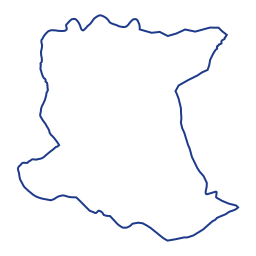 Toomlarn, Saravan, Laos
{"feature_id": "54806243B58304199894051", "entity_name": "Toomlarn", "entity_type": "district", "adm_level": 2, "iso_a3": "LAO", "parent_name": "Laos", "parent_adm1": "Saravan", "projection": "mercator", "projection_center": [106.21, 16.024], "detail": "fine", "context": "isolated", "style": "outline", "palette": "blue", "viewbox_px": 256, "rotation_deg": 0, "n_neighbors": 0, "source": "geoboundaries", "source_scale": "gbopen_adm2", "svg_char_len": 4613}
<svg xmlns="http://www.w3.org/2000/svg" viewBox="0 0 256 256"><path d="M40.9,110.5L40.8,111.6L40.2,114.2L40.3,116.1L41.5,118.1L43.0,120.6L44.9,123.1L46.0,124.8L47.0,126.7L48.3,128.7L49.3,131.0L49.6,132.7L50.8,134.6L52.9,136.6L54.9,139.0L57.5,142.5L59.1,145.1L57.4,146.6L56.0,146.9L53.6,149.0L50.0,151.8L46.5,154.7L43.3,157.5L41.2,158.5L39.5,158.9L39.0,159.0L38.6,159.0L38.1,159.1L37.7,159.3L37.2,159.4L36.9,159.5L36.4,159.5L35.7,159.6L35.2,159.5L34.6,159.5L34.0,159.4L33.4,159.3L32.9,159.3L32.5,159.3L32.0,159.5L31.7,159.6L31.4,159.8L31.1,160.0L30.7,160.4L30.4,160.7L30.0,160.9L29.7,161.0L29.3,161.2L29.0,161.3L28.6,161.6L28.2,162.0L27.7,162.5L27.5,162.8L26.8,162.9L25.9,162.9L25.4,162.9L24.5,162.8L23.9,162.8L23.3,162.8L23.0,162.8L22.6,163.0L22.2,163.2L21.8,163.5L21.4,163.9L21.0,164.4L20.8,164.7L20.5,165.1L19.0,166.3L18.2,167.6L17.9,168.8L18.4,171.2L19.0,173.0L19.4,176.2L20.1,179.4L23.7,186.1L24.9,187.6L28.6,191.0L33.4,194.9L35.5,196.2L38.2,197.4L41.6,198.5L50.5,200.2L51.4,200.1L52.5,199.7L54.4,198.9L55.7,198.0L57.5,196.9L59.1,196.2L62.1,195.5L63.2,195.4L64.4,195.6L66.3,196.2L68.9,196.9L70.2,197.1L71.3,197.2L73.5,197.3L76.3,197.4L80.3,201.3L89.6,210.7L92.7,211.9L94.0,212.4L95.1,213.0L96.1,212.9L97.1,212.1L98.3,210.8L99.1,210.7L100.1,211.2L101.0,211.5L102.1,212.4L102.9,213.5L103.8,215.0L104.8,215.3L106.6,215.8L110.1,216.1L116.6,223.1L118.0,224.5L119.6,225.7L121.0,226.6L122.6,227.6L124.3,227.7L126.1,227.7L127.3,227.4L128.5,226.8L130.2,225.9L132.5,223.7L138.3,222.7L142.7,223.3L146.8,225.5L150.7,228.0L160.2,235.7L163.4,238.2L167.5,240.6L175.8,239.2L184.1,237.4L186.2,237.5L188.4,237.1L190.4,236.4L193.3,235.5L203.2,229.4L210.2,223.2L213.0,220.9L214.8,220.1L215.8,219.2L217.0,217.9L219.6,216.7L225.0,214.5L226.5,213.7L228.1,212.5L229.9,211.5L231.3,211.1L233.0,210.5L234.9,209.7L236.4,208.9L238.1,207.4L236.4,205.7L234.6,205.0L232.6,204.6L228.7,203.6L222.2,200.9L216.9,197.9L216.1,197.2L216.2,195.9L216.6,192.6L216.4,191.8L215.6,191.7L207.9,194.0L206.4,194.2L205.8,193.5L205.6,192.1L206.7,186.5L206.8,182.8L203.6,176.1L199.7,171.7L197.3,168.0L191.9,156.9L190.0,149.8L189.4,148.0L188.0,144.8L184.3,132.8L182.2,128.2L181.4,124.7L180.9,122.7L181.4,118.3L181.0,112.2L180.9,108.1L179.4,101.9L178.6,98.6L176.5,93.2L175.5,91.2L178.6,85.5L188.3,80.0L197.4,75.5L202.0,72.4L207.6,69.9L209.2,65.3L210.2,59.7L213.3,53.4L213.6,53.1L213.9,52.3L214.3,51.7L214.8,51.2L215.4,50.0L215.8,49.7L216.2,49.4L216.9,49.0L217.1,48.7L217.2,48.4L217.1,48.1L217.0,47.8L216.9,47.0L217.1,46.5L217.3,46.1L217.6,45.8L218.2,45.8L218.7,45.1L218.9,44.5L219.4,44.3L220.3,44.1L220.9,43.8L221.4,43.5L221.6,43.0L221.4,42.4L221.4,41.7L221.5,41.1L221.9,40.5L222.5,40.1L223.2,39.7L223.8,39.4L224.4,39.1L224.7,38.6L224.8,38.2L224.7,37.7L225.0,37.4L225.4,37.0L225.8,36.7L226.0,36.2L226.3,35.6L226.5,35.3L226.7,35.1L226.8,34.9L222.1,31.2L218.5,27.7L209.9,27.6L195.2,31.6L185.1,29.5L176.4,33.5L167.8,36.0L159.7,31.9L151.6,32.8L139.7,29.4L139.7,26.7L139.2,24.0L137.4,20.2L135.9,19.1L134.4,19.1L133.0,19.5L131.3,21.0L129.6,22.9L128.4,24.6L126.8,26.2L124.9,27.0L122.9,27.0L119.3,26.4L116.2,25.0L113.6,24.2L111.1,23.2L109.6,22.2L108.2,20.0L106.2,18.0L103.6,16.4L101.1,15.4L99.2,15.4L96.5,16.8L93.8,18.9L92.2,21.3L90.4,23.7L87.3,26.3L86.1,27.8L84.2,29.7L83.2,30.4L82.2,30.1L81.6,29.6L80.6,27.4L80.1,25.6L78.9,23.1L77.6,21.2L76.5,20.0L75.4,19.1L74.3,18.9L71.9,19.2L70.4,20.3L68.1,22.7L66.2,24.8L66.1,26.1L66.8,28.2L66.5,29.7L64.8,30.8L62.5,31.0L58.6,30.9L55.7,30.4L52.3,30.2L50.4,30.4L48.2,31.3L45.9,33.5L43.9,36.0L42.4,38.8L41.4,40.2L41.4,42.4L42.1,45.1L41.8,48.2L41.0,51.7L41.1,54.7L41.8,58.3L41.9,60.7L41.8,60.8L41.8,61.1L41.8,61.5L41.7,61.7L41.6,62.0L41.4,62.2L41.2,62.5L40.8,62.9L40.6,63.2L40.5,63.5L40.5,63.9L40.5,64.2L40.6,64.4L40.8,64.6L40.8,64.9L40.8,65.3L40.7,65.5L40.6,65.9L40.6,66.1L40.6,66.4L40.6,66.7L40.7,67.0L40.6,67.6L40.5,68.0L40.4,68.3L40.4,68.6L40.4,68.9L40.5,69.2L40.6,69.5L40.9,70.3L41.0,70.7L41.2,71.4L41.4,72.1L41.6,72.5L41.7,73.1L41.9,73.8L42.0,74.2L42.2,74.7L42.4,75.1L42.6,75.6L42.9,76.4L43.1,76.8L43.4,77.4L43.6,77.7L43.8,78.0L44.0,78.3L44.3,78.5L44.6,78.6L44.8,78.6L45.0,78.8L45.2,79.0L45.3,79.3L45.5,79.6L45.5,79.9L45.6,80.2L45.6,80.5L45.6,80.8L45.5,81.2L45.5,81.5L45.8,81.8L46.0,81.9L46.1,82.1L46.3,82.2L46.5,82.3L46.8,82.6L47.0,83.0L47.1,83.4L47.2,83.7L47.3,84.1L47.3,84.8L47.3,85.2L47.3,85.4L47.4,85.6L47.5,85.9L47.6,86.1L47.5,86.3L47.5,86.8L47.5,87.3L47.5,87.6L47.5,88.0L47.6,88.3L47.6,88.6L47.8,89.0L47.9,89.3L47.9,89.5L47.8,90.0L47.7,90.5L47.6,90.9L47.4,91.2L47.2,91.6L47.0,92.0L46.8,92.2L46.6,92.5L46.1,95.7L44.9,100.0L43.2,103.8L41.9,106.2L41.0,109.1L40.9,110.5Z" fill="none" stroke="#1e3a8a" stroke-width="2"/></svg>